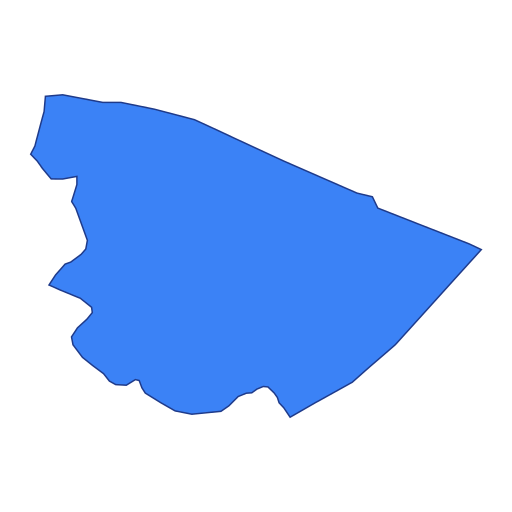 the district of As Serief, North Darfur, Sudan
{"feature_id": "16777658B191743768731", "entity_name": "As Serief", "entity_type": "district", "adm_level": 2, "iso_a3": "SDN", "parent_name": "Sudan", "parent_adm1": "North Darfur", "projection": "albers", "projection_center": [23.384, 13.974], "detail": "fine", "context": "isolated", "style": "filled", "palette": "blue", "viewbox_px": 512, "rotation_deg": 0, "n_neighbors": 0, "source": "geoboundaries", "source_scale": "gbopen_adm2", "svg_char_len": 1735}
<svg xmlns="http://www.w3.org/2000/svg" viewBox="0 0 512 512"><path d="M372.4,196.8L357.0,193.1L283.4,160.9L233.7,137.9L221.6,132.2L194.5,119.7L154.4,109.2L120.9,102.4L102.7,102.4L62.7,94.8L45.4,96.3L45.4,96.8L45.1,100.0L44.6,105.7L44.1,111.6L42.3,118.0L41.9,119.6L41.2,122.1L37.4,136.5L36.5,139.8L34.9,146.1L34.7,146.4L34.5,146.9L34.3,147.1L33.7,148.5L33.4,148.9L33.3,149.2L33.1,149.6L31.7,152.2L31.4,152.9L31.2,153.3L30.7,154.2L32.9,156.5L33.1,156.7L34.1,157.8L37.2,161.0L39.1,163.7L40.8,166.0L41.0,166.4L41.2,166.7L41.4,167.0L41.5,167.2L41.7,167.3L41.9,167.6L42.1,168.0L42.4,168.4L42.5,168.5L43.9,170.2L45.1,171.6L45.6,172.2L45.8,172.5L51.2,178.9L51.7,178.9L57.3,179.0L62.7,179.0L76.9,176.4L76.9,179.2L76.9,182.0L76.9,184.5L76.3,186.5L76.2,186.8L75.6,188.8L72.3,199.5L72.2,199.7L72.2,199.9L72.1,200.1L71.8,200.9L71.7,201.5L71.8,201.8L73.2,204.0L75.8,208.3L78.8,216.6L83.0,228.2L87.4,240.4L87.3,240.8L85.8,249.0L85.1,249.8L81.2,254.3L70.7,262.1L65.1,264.1L55.6,274.9L50.6,282.5L49.0,285.0L50.6,285.7L60.4,290.1L77.9,297.3L80.2,298.2L91.6,307.3L92.3,312.6L87.0,319.1L77.5,327.8L71.5,336.9L73.0,344.8L82.5,357.4L92.5,365.4L103.6,373.7L109.4,381.1L115.7,384.6L126.3,385.2L135.4,379.6L139.2,380.5L141.9,387.8L145.3,393.1L161.1,402.9L175.1,410.9L191.8,414.2L221.0,411.3L228.8,405.9L238.2,396.5L246.3,393.2L251.8,392.8L256.9,389.1L263.2,386.5L267.9,386.9L274.2,393.0L277.4,397.5L279.1,402.8L283.8,407.8L290.1,417.2L302.3,410.2L316.0,402.3L318.1,401.2L318.5,401.0L320.8,399.7L327.1,396.2L348.0,384.6L350.1,383.4L350.3,383.3L352.2,382.3L364.8,371.1L368.7,367.7L369.8,366.7L384.0,354.5L395.3,344.7L424.7,312.2L454.4,279.3L481.3,249.6L469.2,243.9L417.8,223.8L377.8,208.1L372.4,196.8Z" fill="#3b82f6" stroke="#1e3a8a" stroke-width="1.5"/></svg>